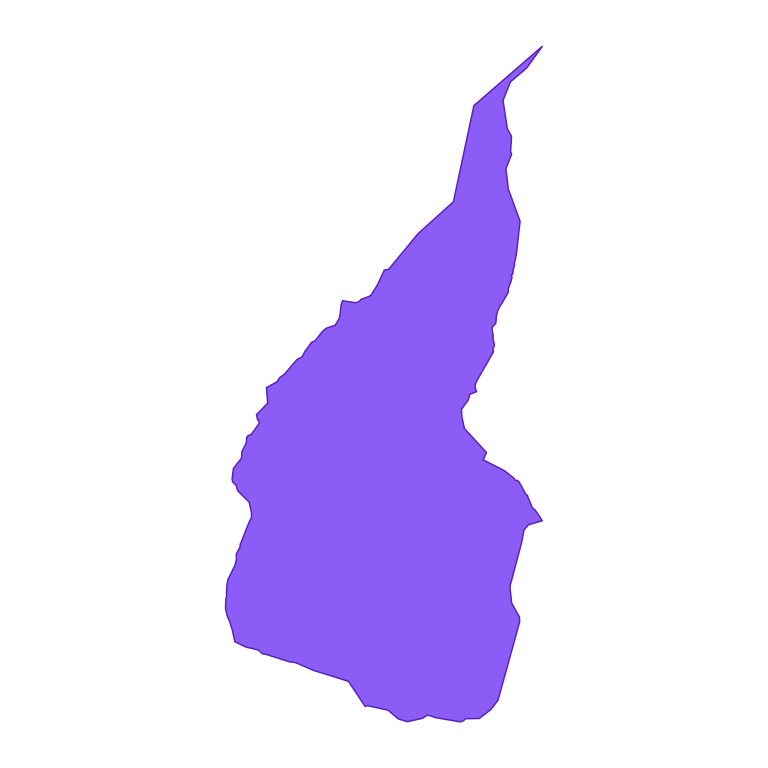 outline of San Francisco Huehuetlán, Puebla, Mexico
{"feature_id": "50627088B76288874941262", "entity_name": "San Francisco Huehuetlán", "entity_type": "district", "adm_level": 2, "iso_a3": "MEX", "parent_name": "Mexico", "parent_adm1": "Puebla", "projection": "orthographic", "projection_center": [-96.935, 18.204], "detail": "fine", "context": "isolated", "style": "filled", "palette": "violet", "viewbox_px": 768, "rotation_deg": 0, "n_neighbors": 0, "source": "geoboundaries", "source_scale": "gbopen_adm2", "svg_char_len": 2889}
<svg xmlns="http://www.w3.org/2000/svg" viewBox="0 0 768 768"><path d="M498.0,700.2L515.3,637.7L518.3,626.7L519.7,621.9L519.4,616.7L518.5,615.3L511.6,603.0L511.2,598.9L510.2,588.8L510.0,586.2L511.3,581.4L514.2,570.4L517.2,559.2L519.6,550.1L521.7,542.4L522.1,539.9L523.5,532.6L524.0,529.9L527.0,526.5L528.5,524.8L542.2,520.7L537.8,513.9L537.6,513.5L534.8,509.6L532.2,507.6L530.9,504.4L528.5,498.6L527.9,497.2L527.4,495.3L525.7,494.2L522.6,488.3L519.2,482.1L517.3,480.4L516.4,480.4L515.3,480.4L514.0,478.3L504.3,470.6L501.1,469.0L483.3,459.9L485.7,454.2L486.4,452.4L479.3,444.7L469.0,433.5L464.5,428.6L462.6,420.2L461.9,417.0L461.8,415.9L461.5,409.3L463.3,406.8L468.1,400.1L469.2,397.1L469.7,394.3L473.4,392.9L476.5,391.7L474.9,386.5L476.0,382.4L478.3,378.3L483.2,369.7L486.8,363.5L490.7,356.6L493.0,352.6L493.5,351.6L492.8,348.9L493.8,346.8L494.5,345.2L492.9,338.7L493.0,338.4L493.2,335.3L492.7,332.7L492.1,329.8L492.1,327.5L495.8,323.3L496.2,318.6L496.4,316.0L496.5,315.4L497.7,310.6L498.2,309.8L499.1,308.0L500.0,306.2L501.0,304.8L501.6,303.8L501.8,303.4L502.1,303.0L503.0,301.4L504.5,298.8L507.5,293.7L508.4,291.8L508.1,289.7L509.4,285.6L509.8,284.6L510.1,283.9L511.0,281.3L511.7,278.5L511.9,277.7L511.9,276.4L511.4,275.4L512.5,274.1L513.0,272.2L513.0,271.3L513.2,269.8L514.2,266.3L514.5,265.5L514.3,263.7L515.3,259.7L515.4,259.0L516.2,255.0L516.2,254.8L516.3,253.7L516.9,249.9L517.6,243.4L519.6,225.6L520.1,221.4L508.3,189.0L505.9,168.6L511.6,154.3L510.6,151.3L511.5,136.3L507.3,128.6L503.0,100.4L510.5,81.8L526.5,68.2L542.5,46.1L473.9,105.6L453.4,201.8L418.2,233.5L393.2,263.8L388.8,269.2L384.3,270.1L377.5,284.8L371.0,295.2L368.7,296.6L360.7,299.5L359.6,301.3L355.6,302.8L342.5,300.7L341.1,305.1L340.2,313.6L339.2,318.6L335.0,325.4L330.5,326.8L325.7,328.5L322.3,331.7L315.0,340.9L311.6,342.3L304.9,351.5L302.2,356.9L297.2,359.3L284.3,374.3L279.9,377.4L277.0,381.8L266.5,387.6L267.7,403.1L261.6,409.5L256.5,414.5L257.6,419.8L259.2,421.4L259.3,423.1L258.7,424.0L251.5,434.1L247.5,436.1L246.7,437.6L246.4,442.5L243.9,447.8L241.8,452.0L241.5,458.0L241.0,458.9L233.4,468.4L232.1,479.4L232.9,482.3L235.4,484.3L236.5,486.5L237.0,488.7L237.3,489.7L238.5,491.6L249.2,502.2L251.5,512.9L251.5,516.8L251.2,518.7L250.0,520.3L247.7,525.5L243.8,535.6L241.3,542.2L240.5,543.3L239.7,548.2L238.8,549.2L236.3,554.0L236.4,559.5L235.1,565.0L227.7,580.0L227.8,580.8L227.0,583.9L226.5,592.9L226.7,595.6L225.9,598.6L225.5,608.6L226.5,612.9L227.3,616.2L229.8,622.0L232.4,630.3L234.3,639.3L234.9,641.7L240.4,644.4L243.6,646.0L246.6,647.3L252.6,648.5L255.4,649.4L258.0,649.8L262.4,653.7L266.8,654.6L289.6,661.9L294.2,662.3L296.6,663.1L313.5,670.4L348.4,681.3L365.2,706.5L367.0,705.6L387.9,710.1L398.3,718.9L407.2,721.7L422.2,718.4L427.4,715.2L430.9,715.9L434.4,717.4L440.7,718.5L460.3,721.9L463.5,720.7L465.5,718.7L479.2,718.5L491.0,709.4L498.0,700.2Z" fill="#8b5cf6" stroke="#5b21b6" stroke-width="1.5"/></svg>